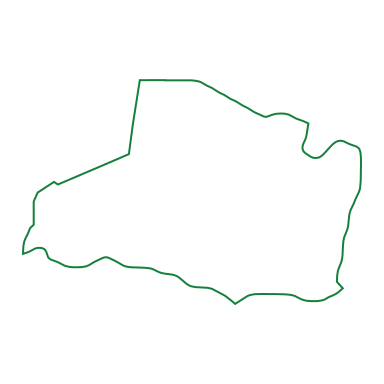 Hondo Valle, La Estrelleta, Dominican Republic
{"feature_id": "3306468B67030502759571", "entity_name": "Hondo Valle", "entity_type": "district", "adm_level": 2, "iso_a3": "DOM", "parent_name": "Dominican Republic", "parent_adm1": "La Estrelleta", "projection": "robinson", "projection_center": [-71.685, 18.71], "detail": "fine", "context": "isolated", "style": "outline", "palette": "green", "viewbox_px": 384, "rotation_deg": 0, "n_neighbors": 0, "source": "geoboundaries", "source_scale": "gbopen_adm2", "svg_char_len": 2073}
<svg xmlns="http://www.w3.org/2000/svg" viewBox="0 0 384 384"><path d="M235.1,303.9L247.4,296.1L250.1,295.0L254.7,294.2L261.1,294.0L275.9,294.1L284.0,294.3L288.8,294.6L291.9,295.1L294.9,296.0L300.7,299.0L303.3,300.0L306.3,300.7L310.9,301.1L317.1,301.1L321.6,300.5L324.5,299.6L328.6,297.2L333.8,295.0L336.4,293.6L338.6,292.0L342.8,288.3L336.9,281.8L337.2,275.5L337.9,271.0L338.8,268.2L341.4,261.8L342.1,258.7L342.5,255.4L343.0,245.3L343.5,240.4L344.2,237.2L346.8,230.8L347.7,228.0L348.3,224.7L349.1,216.3L349.7,213.0L350.6,210.1L353.6,203.9L355.8,198.5L358.8,192.3L359.8,189.4L360.1,187.8L360.7,181.0L361.0,163.6L360.9,156.9L360.4,152.2L359.5,149.4L358.7,148.2L356.6,146.6L349.5,144.1L343.9,141.4L341.3,140.8L340.0,140.7L337.3,141.3L335.9,141.9L333.5,143.6L331.2,145.8L323.7,154.0L321.4,156.0L320.2,156.8L318.8,157.5L316.1,158.0L313.3,157.8L310.9,156.8L305.9,153.6L304.1,152.0L303.3,150.9L302.8,149.7L302.5,148.4L302.5,147.0L303.0,144.5L305.6,138.7L306.4,135.9L308.4,123.5L303.8,121.3L296.0,118.5L289.0,114.7L284.9,113.7L280.6,113.5L276.3,113.8L272.4,114.7L267.0,116.7L265.9,116.9L263.6,116.4L254.4,112.2L247.6,108.0L242.6,105.5L235.8,101.3L230.7,99.0L224.0,94.8L218.9,92.4L212.2,88.1L207.1,85.7L201.4,82.4L198.8,81.4L194.4,80.6L189.9,80.3L165.2,80.3L165.2,80.1L139.8,80.2L132.8,124.7L128.9,154.1L118.3,158.7L57.9,184.5L54.0,181.9L37.6,192.6L36.8,194.5L33.7,201.5L33.7,216.5L33.7,222.8L33.7,224.7L30.6,227.6L30.0,228.4L27.8,233.9L25.3,238.8L24.3,241.4L23.4,245.9L23.0,253.8L28.4,252.1L35.2,248.5L37.8,247.9L40.4,247.9L41.7,248.0L44.0,248.9L44.9,249.7L46.2,251.7L48.1,257.1L48.8,258.1L50.7,259.5L57.9,262.2L64.9,265.8L69.3,266.9L74.0,267.3L81.8,267.1L86.3,266.3L88.9,265.2L94.6,261.8L102.6,258.0L104.8,257.3L107.1,257.3L109.3,258.1L116.1,261.4L123.0,265.4L125.6,266.4L128.5,267.0L131.6,267.3L143.9,267.7L149.9,268.3L152.8,269.1L158.7,272.0L161.2,272.9L163.9,273.5L172.3,274.6L175.1,275.4L176.4,275.9L178.9,277.4L186.9,284.1L189.5,285.6L190.9,286.2L195.3,287.1L207.6,287.8L212.0,288.8L225.1,295.8L231.7,300.9L235.1,303.9Z" fill="none" stroke="#15803d" stroke-width="2"/></svg>